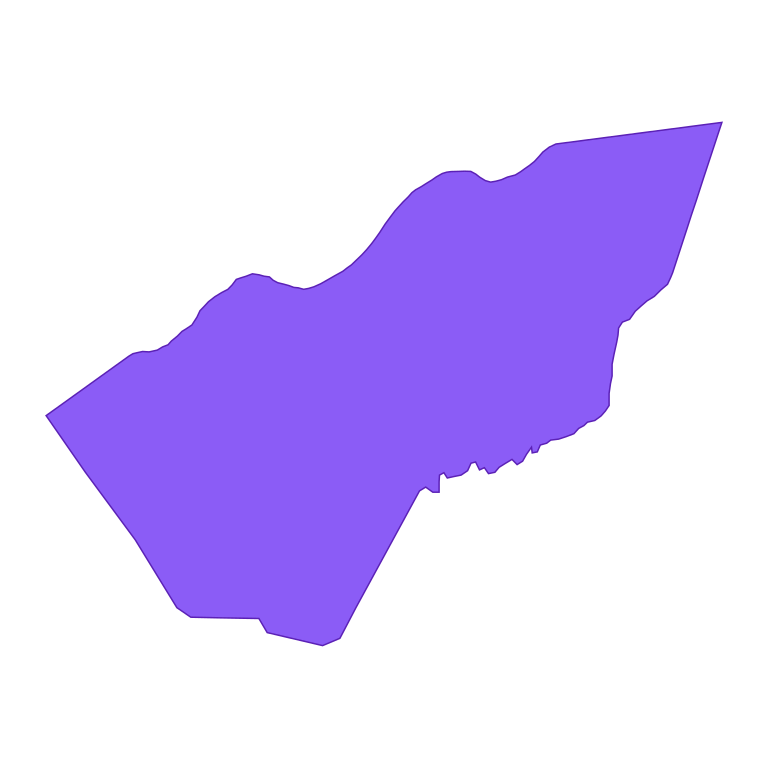 the district of Catolândia, Bahia, Brazil
{"feature_id": "56859067B46911675561389", "entity_name": "Catolândia", "entity_type": "district", "adm_level": 2, "iso_a3": "BRA", "parent_name": "Brazil", "parent_adm1": "Bahia", "projection": "equal_earth", "projection_center": [-44.671, -12.276], "detail": "fine", "context": "isolated", "style": "filled", "palette": "violet", "viewbox_px": 768, "rotation_deg": 0, "n_neighbors": 0, "source": "geoboundaries", "source_scale": "gbopen_adm2", "svg_char_len": 2096}
<svg xmlns="http://www.w3.org/2000/svg" viewBox="0 0 768 768"><path d="M555.9,144.0L549.3,147.1L542.9,152.0L539.0,156.5L534.4,161.5L529.1,165.7L524.9,168.6L520.8,171.6L515.3,175.0L507.4,177.1L501.5,179.7L495.9,181.2L490.6,182.1L485.3,180.6L479.6,177.1L475.8,174.1L470.8,171.4L464.6,171.2L458.8,171.4L451.0,171.6L446.6,172.2L442.3,173.5L436.3,176.9L431.9,180.0L425.9,183.7L421.0,186.8L415.6,189.8L411.9,192.7L408.2,196.9L403.1,201.9L398.8,206.6L395.1,210.7L390.5,216.8L385.2,224.0L379.7,232.5L375.0,239.1L371.8,243.4L366.6,249.7L361.8,254.9L356.6,259.9L351.4,264.9L347.4,267.7L342.8,271.3L335.0,275.6L328.9,279.1L320.8,283.7L313.9,286.8L308.6,288.4L303.7,289.3L298.2,287.8L293.8,287.4L289.0,285.6L283.5,284.1L277.7,282.7L273.2,280.3L269.4,276.9L264.1,276.2L259.1,274.8L252.4,273.8L245.9,276.3L240.7,277.9L236.3,279.4L232.1,285.0L227.8,289.4L221.6,292.6L214.9,296.7L208.5,301.7L203.7,306.9L200.0,310.7L197.0,317.1L191.9,325.0L185.9,329.0L182.0,331.4L177.4,336.1L171.4,341.0L168.0,344.8L162.6,346.9L157.3,350.1L149.1,351.9L142.6,351.5L137.1,352.7L132.9,353.7L128.8,356.2L55.9,408.6L46.1,415.6L85.4,472.3L97.8,489.1L135.3,539.9L176.9,607.7L190.8,617.2L218.9,617.8L258.9,618.5L267.2,632.6L322.6,645.6L339.9,638.3L346.4,625.9L352.1,615.0L355.8,607.9L419.5,490.9L425.7,487.1L432.8,492.2L439.1,492.2L439.1,481.9L439.5,475.1L443.9,472.7L447.3,478.0L453.6,476.6L461.1,475.1L467.6,470.7L471.0,463.2L475.6,462.0L479.5,469.9L484.4,467.7L488.5,473.6L494.9,472.3L499.1,467.3L505.0,463.6L512.0,459.4L517.1,464.6L522.6,461.2L526.5,454.3L531.5,447.2L532.2,452.9L537.3,451.9L540.3,445.0L546.7,443.2L550.7,440.1L558.7,439.1L566.0,436.7L573.9,433.7L578.7,428.4L583.9,425.6L587.4,422.2L594.8,420.5L601.1,415.9L605.4,411.0L609.1,405.5L609.1,393.4L610.5,383.5L612.1,376.0L612.1,364.3L614.0,354.4L615.3,348.5L616.7,342.2L618.0,335.1L618.6,328.0L622.4,322.1L629.6,319.3L635.3,311.2L641.3,305.8L647.1,300.8L654.3,296.4L660.9,289.9L667.5,284.3L670.5,277.9L672.6,272.8L687.5,227.1L691.2,215.6L696.3,200.4L703.5,178.1L718.7,132.0L721.9,122.4L703.4,124.8L555.9,144.0Z" fill="#8b5cf6" stroke="#5b21b6" stroke-width="1.5"/></svg>